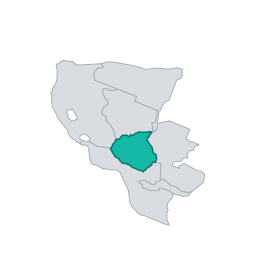 Zimbabwe highlighted among its neighbors, rotated 113°
{"feature_id": "ZWE", "entity_name": "Zimbabwe", "entity_type": "country or territory", "adm_level": 0, "iso_a3": "ZWE", "parent_name": "Africa", "parent_adm1": "", "projection": "equal_earth", "projection_center": [29.641, -19.023], "detail": "fine", "context": "with_neighbors", "style": "filled", "palette": "teal", "viewbox_px": 256, "rotation_deg": 113, "n_neighbors": 6, "source": "natural_earth", "source_scale": "50m", "svg_char_len": 5434}
<svg xmlns="http://www.w3.org/2000/svg" viewBox="0 0 256 256"><g transform="rotate(113 128 128)"><path d="M79.3,177.8L81.5,174.5L83.5,176.3L84.5,179.2L89.9,180.9L92.5,180.4L96.9,177.0L96.1,152.3L97.5,153.3L100.7,159.7L100.3,163.8L101.5,166.1L105.1,165.4L109.8,160.4L111.0,157.2L113.4,155.7L118.0,158.4L122.1,158.7L125.3,157.1L126.6,151.8L129.4,151.3L132.5,144.2L137.1,139.1L144.2,134.1L153.2,135.2L156.9,149.6L155.9,157.1L156.3,159.5L153.8,158.3L152.4,158.8L150.5,163.2L150.5,165.6L153.5,169.2L156.4,168.5L157.5,165.5L161.3,165.6L159.3,176.0L158.0,178.9L153.6,183.2L147.3,194.7L138.4,205.3L134.7,208.2L127.2,211.1L126.6,212.9L123.7,211.9L121.3,213.1L116.0,211.9L111.1,212.3L102.1,215.9L99.2,218.3L97.0,218.5L94.8,216.2L93.2,216.1L91.0,213.2L90.8,214.1L90.0,208.6L88.2,204.3L89.7,203.1L89.4,198.1L79.3,177.8ZM143.7,182.3L139.8,178.2L137.5,179.6L132.3,186.4L136.0,191.4L137.8,190.8L138.6,188.7L141.4,187.6L143.7,182.3Z" fill="#d9dde1" stroke="#a8b0b8" stroke-width="1"/><path d="M144.2,134.1L137.1,139.1L132.5,144.2L129.4,151.3L126.6,151.8L125.3,157.1L122.1,158.7L118.0,158.4L113.4,155.7L111.0,157.2L109.8,160.4L105.1,165.4L101.5,166.1L100.3,163.8L100.7,159.7L97.5,153.3L96.1,152.3L95.6,132.4L100.7,132.2L100.3,107.7L112.1,105.0L114.1,107.9L117.3,105.2L122.7,104.1L127.5,114.9L133.3,122.4L135.5,123.2L137.0,130.0L141.0,131.0L144.2,134.1Z" fill="#d9dde1" stroke="#a8b0b8" stroke-width="1"/><path d="M95.6,132.4L96.9,177.0L92.5,180.4L89.9,180.9L84.5,179.2L83.5,176.3L81.5,174.5L79.3,177.8L75.3,172.8L73.2,167.9L68.2,146.1L67.0,134.2L62.0,125.8L57.8,113.2L53.3,106.4L52.8,101.1L58.3,98.6L61.7,98.8L64.9,101.9L86.6,101.2L90.2,104.5L102.7,105.5L116.4,101.1L119.7,101.5L121.8,103.0L114.1,107.9L112.1,105.0L100.3,107.7L100.7,132.2L95.6,132.4Z" fill="#d9dde1" stroke="#a8b0b8" stroke-width="1"/><path d="M149.0,37.5L161.7,44.5L164.1,47.7L165.4,53.7L163.5,61.3L164.4,67.1L162.8,69.6L161.2,76.1L163.9,77.9L148.1,83.7L148.6,88.6L144.7,89.6L141.7,92.4L141.1,94.8L139.2,95.3L131.9,105.5L122.7,104.1L119.7,101.5L116.4,101.1L112.1,102.6L105.2,92.6L105.1,70.4L116.0,70.5L115.5,68.0L116.3,65.4L115.3,62.1L115.9,58.7L115.3,56.5L117.1,56.7L117.5,58.9L123.2,59.4L125.0,62.6L129.2,63.5L132.4,61.3L133.5,65.0L137.6,66.0L141.6,72.8L145.6,72.9L145.2,65.3L143.7,66.6L138.7,62.6L140.2,47.2L139.1,44.1L140.6,39.6L142.0,38.7L149.0,37.5Z" fill="#d9dde1" stroke="#a8b0b8" stroke-width="1"/><path d="M161.7,44.5L166.8,45.9L169.6,51.1L171.0,60.7L169.5,66.0L170.9,75.2L172.7,75.0L174.6,77.3L176.7,82.4L177.1,91.3L174.8,92.8L173.2,97.6L169.9,93.3L169.5,88.4L170.6,85.2L170.3,82.4L168.3,80.6L166.9,81.3L161.2,76.1L162.8,69.6L164.4,67.1L163.5,61.3L165.4,53.7L164.1,47.7L161.7,44.5Z" fill="#d9dde1" stroke="#a8b0b8" stroke-width="1"/><path d="M171.0,60.7L175.0,60.1L181.2,62.1L186.2,61.0L188.1,58.9L191.3,59.0L197.0,56.3L201.2,52.2L202.0,55.4L202.3,79.5L203.2,82.9L199.4,92.8L196.0,97.1L185.4,103.1L171.7,118.3L171.2,123.2L173.6,128.4L174.6,134.4L175.5,134.1L174.3,143.9L175.5,145.1L174.7,147.9L172.6,150.3L162.3,156.3L160.1,158.7L160.5,161.6L161.7,162.0L161.3,165.6L157.5,165.5L155.9,157.1L156.9,149.6L153.2,135.2L158.6,127.4L160.8,121.8L161.9,97.0L159.2,94.8L156.8,94.3L153.2,91.1L148.9,91.2L148.1,83.7L163.9,77.9L166.9,81.3L168.3,80.6L170.3,82.4L170.6,85.2L169.5,88.4L169.9,93.3L173.2,97.6L174.8,92.8L177.1,91.3L176.7,82.4L174.6,77.3L172.7,75.0L170.9,75.2L169.5,66.0L171.0,60.7Z" fill="#d9dde1" stroke="#a8b0b8" stroke-width="1"/><path d="M153.7,136.2L153.2,135.8L152.6,135.6L151.8,135.5L150.8,135.5L149.5,135.7L148.1,135.5L146.6,134.7L145.4,134.5L144.0,134.8L143.9,134.8L143.6,134.5L143.3,134.0L142.6,133.9L142.4,133.8L142.3,133.6L142.2,133.3L142.1,133.1L142.2,132.2L141.6,131.9L140.8,131.5L139.7,131.1L137.9,130.7L137.2,130.5L137.0,130.4L136.8,130.1L136.5,129.1L136.1,128.4L135.4,127.4L135.2,127.1L135.3,126.2L135.3,125.6L135.4,125.0L135.4,124.5L135.4,123.8L135.4,123.4L135.3,123.2L135.0,123.1L134.2,123.0L133.2,123.0L133.2,122.4L133.1,121.3L132.9,120.8L132.7,120.4L132.2,120.1L131.3,119.7L130.1,119.0L129.1,118.0L127.9,116.8L127.5,116.6L127.0,115.4L126.3,113.4L126.4,112.8L126.3,112.4L125.6,111.5L125.5,111.0L125.3,110.4L124.3,109.0L123.9,108.4L123.7,107.6L123.4,106.9L123.1,106.7L122.8,106.2L122.6,105.7L122.5,105.4L122.6,104.9L122.7,104.5L123.7,104.9L124.2,104.9L124.7,104.7L125.2,105.0L125.8,105.6L126.5,105.7L127.3,105.3L128.3,105.5L129.5,106.1L130.6,106.2L131.8,105.7L132.9,104.1L133.9,102.6L135.0,100.8L135.6,99.4L136.5,98.3L137.7,97.4L138.9,96.7L140.8,95.8L141.1,95.0L141.2,94.2L141.2,93.0L141.3,92.3L141.5,92.0L141.8,91.7L142.2,91.4L143.5,90.5L144.5,89.9L145.8,89.6L147.1,89.6L148.5,89.6L149.2,89.6L149.2,90.7L149.3,91.9L149.4,92.0L150.4,92.1L152.0,92.1L153.6,92.2L154.6,93.1L154.9,93.3L155.9,93.5L157.2,95.0L158.8,95.2L159.9,95.6L160.8,96.2L161.3,96.8L161.7,96.9L162.2,97.0L162.4,97.0L162.4,97.5L162.0,98.2L162.1,99.3L162.5,100.8L162.5,102.0L162.4,104.3L162.4,106.5L162.4,107.3L162.5,107.8L162.6,108.1L162.6,108.4L162.3,109.4L162.1,110.3L162.1,110.7L162.0,111.0L161.8,111.2L161.2,111.7L161.0,112.0L161.0,112.5L161.1,112.9L161.4,113.0L161.7,113.3L161.8,113.6L161.8,113.9L161.7,114.5L161.4,115.5L161.7,116.7L162.0,117.5L162.4,118.3L162.6,118.9L162.6,119.3L162.5,119.6L161.8,121.2L161.4,122.2L160.8,123.3L160.1,124.0L159.9,124.3L159.8,124.7L159.8,125.4L159.8,126.3L159.2,127.6L159.5,128.7L159.5,128.8L159.2,128.9L158.3,130.2L157.4,131.4L156.7,132.3L156.0,133.4L155.1,134.5L154.4,135.5L153.7,136.2Z" fill="#14b8a6" stroke="#0f766e" stroke-width="1.5"/></g></svg>